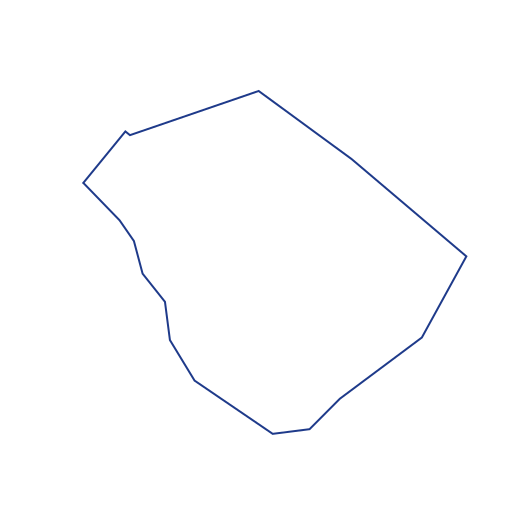 Chaguanas, Natural Earth projection, rotated 39°
{"feature_id": "TTO-63", "entity_name": "Chaguanas", "entity_type": "City", "adm_level": 1, "iso_a3": "TTO", "parent_name": "Trinidad and Tobago", "parent_adm1": "", "projection": "natural_earth1", "projection_center": [-61.422, 10.535], "detail": "fine", "context": "isolated", "style": "outline", "palette": "blue", "viewbox_px": 512, "rotation_deg": 39, "n_neighbors": 0, "source": "natural_earth", "source_scale": "10m", "svg_char_len": 376}
<svg xmlns="http://www.w3.org/2000/svg" viewBox="0 0 512 512"><g transform="rotate(39 256 256)"><path d="M75.8,307.9L76.1,241.4L82.0,241.4L154.2,126.1L269.4,120.5L419.7,123.9L436.2,215.0L411.0,314.1L406.6,356.9L380.9,383.7L286.7,391.5L242.0,375.5L214.1,348.9L179.0,341.1L151.7,321.2L127.5,314.1L76.1,307.9L75.8,307.9Z" fill="none" stroke="#1e3a8a" stroke-width="2"/></g></svg>